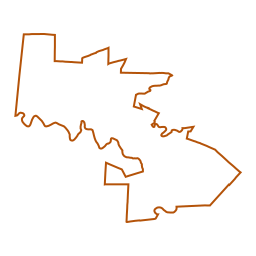 the district of Rastoaca, Vrancea, Romania, rotated 180°
{"feature_id": "2599482B59302072108083", "entity_name": "Rastoaca", "entity_type": "district", "adm_level": 2, "iso_a3": "ROU", "parent_name": "Romania", "parent_adm1": "Vrancea", "projection": "mercator", "projection_center": [27.302, 45.655], "detail": "fine", "context": "isolated", "style": "outline", "palette": "amber", "viewbox_px": 256, "rotation_deg": 180, "n_neighbors": 0, "source": "geoboundaries", "source_scale": "gbopen_adm2", "svg_char_len": 5885}
<svg xmlns="http://www.w3.org/2000/svg" viewBox="0 0 256 256"><g transform="rotate(180 128 128)"><path d="M232.2,221.7L236.6,180.7L240.6,140.2L238.9,140.6L237.8,141.6L236.9,142.7L236.4,143.0L235.4,143.3L233.5,142.9L232.8,142.6L232.1,141.9L231.8,141.2L231.7,140.4L231.9,140.0L232.8,139.1L233.8,137.9L234.1,137.0L234.0,135.8L233.6,134.4L232.8,133.3L231.5,131.8L230.0,130.5L229.0,129.8L227.9,129.6L227.1,129.7L226.3,130.4L225.7,131.3L225.1,132.9L223.9,136.4L222.6,138.8L221.7,139.8L220.1,140.3L218.8,139.6L214.2,135.1L212.4,132.4L212.0,131.5L211.3,130.3L210.8,129.8L209.8,129.6L208.4,129.9L207.3,130.2L204.7,131.5L203.2,132.4L201.9,133.0L200.4,133.4L199.1,132.9L197.1,131.7L192.1,129.7L190.6,128.3L188.4,125.6L187.6,124.4L186.3,121.6L186.3,119.5L186.2,118.3L186.0,117.1L185.6,116.1L185.2,115.8L184.4,115.5L183.8,115.4L183.2,115.5L182.6,115.8L181.6,116.5L180.6,117.7L180.2,118.1L179.3,119.3L178.6,120.3L178.0,121.5L177.3,122.4L176.9,122.6L175.6,123.8L174.8,125.6L174.8,126.1L175.0,126.7L175.4,127.3L175.4,128.0L175.4,128.7L175.4,129.6L175.2,130.4L175.1,131.1L174.9,131.9L174.6,132.7L174.5,133.4L174.6,134.2L174.4,134.7L173.8,135.0L173.2,135.0L172.6,134.7L171.7,133.6L171.3,131.8L171.2,130.9L171.2,130.2L171.3,129.4L171.2,128.7L170.9,128.0L170.4,127.4L169.7,127.0L169.0,126.8L168.2,126.7L167.2,126.6L166.2,126.7L165.0,126.7L164.2,126.3L163.6,126.0L163.3,125.4L163.0,124.3L162.6,122.9L162.1,120.7L161.3,117.8L160.4,115.4L159.5,113.8L158.5,112.6L157.7,111.0L157.3,110.2L156.8,108.6L156.5,108.0L155.8,107.6L155.1,107.4L154.4,107.5L153.5,107.9L151.2,109.7L149.5,111.8L148.8,112.2L148.4,112.4L147.6,112.4L147.0,112.7L145.8,113.7L145.4,114.3L145.2,115.3L145.1,116.7L145.0,117.2L144.8,117.5L144.5,117.7L144.2,117.8L143.7,117.7L143.0,117.6L139.8,116.1L139.3,115.9L138.8,115.4L138.0,114.1L137.7,113.4L137.6,112.9L137.6,112.4L137.4,111.6L136.9,110.4L135.1,107.6L133.6,105.6L133.7,105.0L133.6,103.8L133.4,102.6L133.1,101.7L132.1,100.3L131.4,99.7L130.9,99.4L129.8,98.9L129.2,98.7L127.3,98.6L126.0,98.3L124.2,98.2L123.8,98.0L123.4,97.7L122.9,97.6L122.2,97.6L121.6,97.7L120.7,97.6L120.1,97.6L119.5,97.6L119.1,97.7L118.6,97.8L118.0,97.6L117.2,97.1L115.9,95.6L115.5,94.9L115.3,94.2L115.1,93.3L114.2,91.9L114.1,91.4L114.2,90.6L114.0,89.9L114.0,89.5L113.9,88.7L113.5,87.7L113.1,86.9L113.1,86.3L113.1,84.5L119.1,82.7L124.6,81.0L126.6,80.4L130.3,79.2L134.1,86.5L134.4,86.7L137.2,87.8L146.4,91.7L150.0,93.3L150.6,83.6L151.2,71.6L150.8,71.7L140.7,71.7L128.2,71.7L127.6,71.7L128.1,61.8L128.3,57.0L128.4,55.8L128.4,54.2L128.7,51.1L128.8,47.9L129.0,44.3L129.2,40.9L129.3,38.1L129.5,34.2L129.2,34.0L128.9,34.0L126.9,34.3L125.9,34.5L123.6,34.8L120.8,35.2L117.6,35.5L116.4,35.6L116.1,35.4L101.8,37.0L100.6,37.3L100.3,37.5L98.0,41.6L98.3,41.6L99.0,41.7L99.9,42.4L100.8,43.2L101.4,44.3L101.6,45.2L101.5,45.8L101.3,46.4L100.6,47.2L98.7,48.4L97.4,48.6L96.1,48.6L94.7,48.2L93.6,47.5L92.2,46.0L90.9,45.1L89.7,44.1L88.6,43.7L86.0,43.5L82.7,43.5L81.7,44.0L80.4,45.3L79.6,46.5L79.4,48.1L79.5,49.3L51.4,50.6L46.1,50.5L27.2,71.4L26.7,71.0L24.7,73.2L23.4,74.6L20.7,77.6L20.3,78.3L15.4,83.6L16.5,84.4L20.3,87.7L21.7,89.0L23.3,90.4L26.4,93.0L27.8,94.2L28.4,94.8L33.9,99.9L36.2,101.9L38.3,103.7L39.1,104.5L40.8,106.3L44.7,108.0L47.2,109.1L49.3,110.1L55.3,112.5L55.7,112.8L57.7,113.4L58.9,113.8L59.8,114.2L60.8,114.6L61.6,114.8L62.5,115.1L66.7,116.6L68.8,117.3L69.2,117.4L69.1,117.9L68.7,119.9L67.8,124.5L65.4,124.6L63.5,127.7L62.6,129.2L68.5,128.3L71.0,127.9L73.5,127.9L73.4,127.2L73.6,126.8L73.8,126.2L74.1,125.7L74.9,124.9L75.3,124.5L75.7,124.3L76.0,124.2L76.4,124.1L77.1,124.2L77.3,124.3L78.0,124.8L79.0,125.4L81.1,126.1L82.1,126.2L83.1,126.1L83.9,125.8L84.2,125.6L84.3,125.1L84.4,124.5L84.4,124.1L84.7,123.8L85.0,123.6L87.1,122.2L87.7,121.9L88.9,120.8L89.5,120.5L91.7,119.8L92.2,119.7L92.8,119.7L93.3,119.7L93.7,119.8L94.2,120.0L94.5,120.3L94.7,120.7L94.7,121.0L94.4,121.6L93.9,122.4L92.3,123.6L91.1,124.7L90.0,125.9L89.8,126.5L89.8,127.0L89.9,127.5L90.2,128.0L90.5,128.4L90.9,128.8L91.5,129.0L92.1,129.1L94.7,129.0L95.5,128.8L96.7,128.9L97.1,129.1L97.5,129.4L97.8,129.9L98.1,130.4L98.7,131.3L99.1,131.7L99.6,131.9L100.0,132.0L100.4,131.9L100.9,131.6L101.1,131.2L101.7,129.2L102.3,129.0L103.1,129.4L103.7,130.2L104.3,131.3L103.4,132.0L101.8,133.0L101.5,133.3L101.2,134.1L101.5,134.7L101.7,135.1L97.2,142.8L98.7,143.4L101.1,144.6L103.0,145.4L105.0,146.4L107.9,147.7L107.7,148.0L110.3,148.8L112.5,149.9L115.9,151.8L114.2,147.0L122.2,149.5L120.0,161.1L119.8,161.1L119.6,161.2L119.0,161.7L118.1,162.1L117.8,162.3L116.7,162.5L114.9,162.5L113.5,162.4L112.9,162.4L111.9,162.3L111.2,162.4L109.9,163.2L108.5,164.0L108.1,164.3L107.8,164.4L106.3,164.9L106.0,165.0L105.7,165.3L105.6,165.6L105.6,165.8L105.6,166.0L105.9,166.3L106.5,166.8L106.7,167.2L106.7,167.5L106.6,167.8L106.3,168.1L106.0,168.6L105.1,169.1L104.0,169.7L102.9,170.0L101.7,170.2L99.0,170.3L97.4,170.4L96.3,170.4L95.9,170.5L94.7,170.8L93.6,171.3L92.1,171.8L90.0,172.0L89.3,172.3L89.1,172.7L89.1,173.1L88.9,173.8L88.4,175.0L87.6,176.5L87.5,176.9L87.4,177.8L87.2,178.1L86.9,178.6L86.7,179.2L86.4,179.5L84.1,180.4L83.9,180.6L84.1,180.8L87.6,182.7L90.3,182.7L92.3,183.0L94.1,183.1L95.9,183.0L96.7,183.1L97.4,183.0L99.2,182.9L102.5,182.7L106.3,182.6L106.8,182.8L135.1,183.3L135.0,187.2L133.1,190.4L131.5,193.4L130.3,196.3L130.0,197.0L132.9,196.2L135.6,195.5L137.6,195.1L139.2,194.6L142.5,193.8L146.9,192.5L147.7,192.0L147.6,196.8L147.5,200.2L147.5,208.2L148.3,207.8L150.1,207.2L151.8,206.6L152.8,206.1L156.3,205.1L157.5,204.7L158.9,204.0L159.5,203.8L160.0,203.1L161.8,202.6L163.9,201.8L165.1,201.4L165.6,201.0L168.0,200.0L170.6,199.2L172.8,198.4L173.5,198.0L173.8,197.7L173.9,194.3L174.0,193.3L182.4,193.8L184.2,194.0L185.5,194.0L186.9,194.1L190.9,194.3L193.3,194.6L195.6,194.6L199.9,194.9L201.3,194.9L201.2,205.2L201.1,209.2L201.1,214.0L201.1,219.7L201.1,221.1L203.3,221.2L211.9,222.0L224.7,221.9L226.6,221.7L232.2,221.7Z" fill="none" stroke="#b45309" stroke-width="2"/></g></svg>